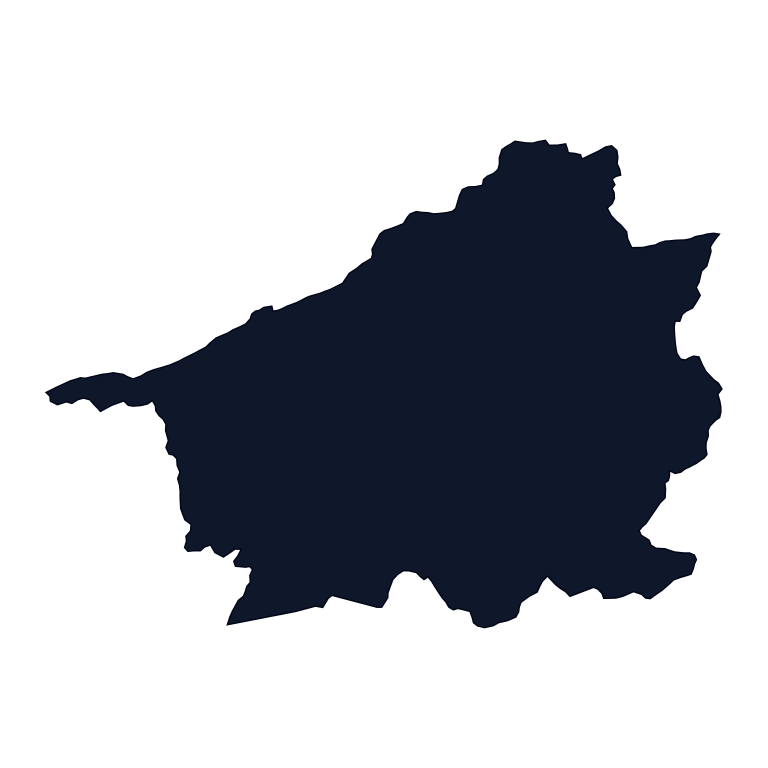 Cariús, Ceará, Brazil
{"feature_id": "56859067B65825011266304", "entity_name": "Cariús", "entity_type": "district", "adm_level": 2, "iso_a3": "BRA", "parent_name": "Brazil", "parent_adm1": "Ceará", "projection": "mercator", "projection_center": [-39.468, -6.626], "detail": "fine", "context": "isolated", "style": "filled", "palette": "ink", "viewbox_px": 768, "rotation_deg": 0, "n_neighbors": 0, "source": "geoboundaries", "source_scale": "gbopen_adm2", "svg_char_len": 4244}
<svg xmlns="http://www.w3.org/2000/svg" viewBox="0 0 768 768"><path d="M719.3,234.2L713.6,233.3L707.1,234.1L702.7,235.3L695.8,236.5L690.5,238.9L684.6,240.0L675.9,240.3L669.9,240.9L665.0,241.2L659.6,242.8L655.2,245.1L650.5,245.8L643.1,247.5L631.7,247.7L629.8,243.6L627.6,238.7L626.6,231.7L621.1,225.3L615.8,220.7L611.1,215.5L607.2,208.1L612.2,203.5L614.4,198.4L614.1,192.6L612.1,188.5L614.9,184.8L612.1,179.1L615.8,176.4L620.6,175.1L619.7,169.5L617.1,163.7L617.8,157.1L616.8,150.4L611.6,145.8L605.6,147.0L598.8,151.0L582.0,159.0L580.5,154.8L574.6,153.4L568.3,152.8L567.2,148.5L565.6,143.9L557.6,145.2L549.1,145.3L545.4,140.4L539.0,141.5L532.5,143.2L525.8,142.9L520.2,142.1L514.9,141.3L510.7,144.1L506.5,146.4L501.9,149.7L499.4,157.6L499.4,164.1L498.0,169.5L493.4,173.6L487.4,176.2L483.6,179.5L482.5,185.3L475.5,186.7L468.1,187.0L462.4,189.5L459.6,195.3L455.7,208.6L452.3,211.4L446.1,212.8L439.5,213.5L433.7,213.9L428.2,212.8L421.6,212.4L416.3,211.6L410.1,214.0L407.3,217.3L403.4,223.7L396.5,226.5L389.5,229.1L384.2,230.7L380.0,234.0L377.7,238.4L372.0,249.3L372.7,254.2L371.4,258.4L362.0,264.0L357.1,268.2L349.3,273.3L342.6,283.3L329.8,289.7L325.2,291.3L319.9,293.4L309.0,296.5L305.1,298.3L297.3,302.4L286.8,306.3L282.2,308.7L277.6,310.5L272.9,311.2L271.8,306.2L263.7,307.5L259.5,310.3L255.3,311.2L251.7,314.2L250.3,318.8L245.6,324.1L238.9,327.3L233.0,329.9L227.9,333.1L223.9,334.7L216.1,338.0L209.7,343.4L205.9,347.2L200.1,350.2L193.9,353.6L184.6,358.1L179.1,361.1L169.1,365.3L161.5,367.6L154.0,369.7L146.7,372.5L141.1,376.0L133.0,379.0L127.3,376.7L123.0,374.4L113.3,372.8L107.6,373.8L102.5,374.3L85.4,378.3L80.3,377.8L76.2,379.2L70.6,380.8L56.7,387.2L46.1,392.5L50.0,396.3L50.4,401.2L57.4,404.7L66.4,401.8L71.9,403.4L78.0,399.5L83.6,398.1L89.8,399.7L94.2,404.7L97.4,407.9L100.4,411.4L106.4,408.1L112.1,405.1L118.0,403.0L123.9,400.9L128.2,405.3L133.0,406.1L140.9,405.5L147.4,404.0L152.4,400.6L155.4,405.8L155.9,410.9L159.1,415.6L163.1,419.1L166.0,424.2L165.6,430.5L168.4,440.7L166.0,447.5L169.1,454.1L173.2,455.0L176.8,458.7L177.2,465.4L180.0,472.2L177.7,478.6L179.6,485.4L180.2,491.1L180.2,498.1L180.5,503.9L180.7,508.5L182.7,514.1L184.9,519.8L191.1,524.4L190.6,530.9L186.0,536.2L186.5,541.1L184.6,547.6L188.0,551.3L193.6,550.7L200.4,550.7L204.5,547.0L210.6,544.9L214.9,552.5L223.4,557.0L229.9,552.7L235.1,549.0L241.3,549.2L237.6,556.4L233.8,561.3L235.4,566.2L245.4,567.1L249.8,566.5L252.6,569.6L249.9,575.4L250.3,582.3L246.8,586.5L245.4,591.4L243.4,596.3L238.3,600.5L232.2,611.7L229.9,617.0L227.4,624.7L295.6,611.4L315.5,606.1L322.7,607.4L328.2,598.3L332.0,595.3L377.0,607.2L381.7,607.2L384.2,603.3L387.7,597.7L387.9,593.0L390.2,586.5L392.8,579.5L397.6,574.4L403.2,570.7L408.5,570.7L416.4,572.5L420.5,576.7L424.0,579.5L428.1,576.9L431.6,581.2L434.6,586.1L438.4,592.1L442.3,597.9L446.1,602.2L448.8,607.1L453.4,609.8L457.6,608.4L461.9,609.3L470.0,611.4L472.3,617.7L473.5,622.7L477.6,625.9L484.5,627.6L493.1,625.7L498.7,622.6L507.5,620.6L515.8,617.0L518.6,611.9L519.1,607.4L520.9,602.3L529.1,596.3L537.1,592.1L539.6,586.5L542.2,581.4L547.5,576.0L555.4,584.4L560.4,588.4L565.6,591.6L570.0,596.3L593.6,587.3L597.9,589.1L602.1,593.5L603.7,598.3L615.9,598.0L622.7,596.3L633.5,591.6L641.6,594.3L645.6,598.0L650.2,598.6L656.9,593.7L661.7,590.5L669.8,583.5L673.3,580.0L679.7,577.6L685.8,575.8L691.1,574.1L693.3,568.6L694.4,563.9L696.4,559.7L694.4,555.1L689.5,553.0L684.0,553.0L675.1,552.1L670.4,550.7L665.0,548.8L655.9,548.3L650.9,545.1L649.1,540.2L641.2,535.3L639.1,530.6L641.9,527.1L646.0,523.4L649.5,518.3L660.2,502.7L665.1,497.8L665.5,489.0L664.8,482.9L668.3,480.5L669.4,476.4L669.6,470.7L675.2,473.4L680.9,472.1L684.7,469.1L690.6,466.3L696.7,463.1L700.6,460.2L704.1,458.0L706.9,454.5L705.9,448.4L706.1,442.6L708.3,435.8L708.0,430.5L709.8,426.1L715.6,420.2L719.6,417.5L720.9,411.7L720.7,406.2L719.8,401.3L717.8,394.3L721.9,389.0L718.4,383.2L714.0,379.9L706.1,371.8L702.3,364.8L698.9,356.9L693.7,356.2L689.5,357.8L685.6,360.0L680.6,359.2L677.0,353.6L676.1,349.4L675.2,342.7L674.4,332.5L674.2,326.4L675.1,321.2L679.8,321.2L682.2,314.5L686.1,311.2L692.5,308.0L696.5,301.9L700.2,295.4L696.2,287.5L699.0,282.2L701.6,271.0L706.7,266.2L711.0,251.6L710.3,247.0L712.4,243.3L715.7,238.7L719.3,234.2Z" fill="#0f172a" stroke="#020617" stroke-width="1.5"/></svg>